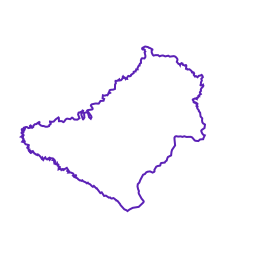 Manang, Satun, Thailand, rotated 50°
{"feature_id": "78962969B42923555842961", "entity_name": "Manang", "entity_type": "district", "adm_level": 2, "iso_a3": "THA", "parent_name": "Thailand", "parent_adm1": "Satun", "projection": "albers", "projection_center": [99.916, 7.008], "detail": "fine", "context": "isolated", "style": "outline", "palette": "violet", "viewbox_px": 256, "rotation_deg": 50, "n_neighbors": 0, "source": "geoboundaries", "source_scale": "gbopen_adm2", "svg_char_len": 5743}
<svg xmlns="http://www.w3.org/2000/svg" viewBox="0 0 256 256"><g transform="rotate(50 128 128)"><path d="M183.0,73.9L181.9,74.6L180.8,74.7L179.3,74.5L177.3,73.8L176.9,72.8L177.2,69.4L174.8,66.8L172.8,67.5L171.5,67.4L169.9,66.5L168.3,64.9L165.8,65.0L162.6,62.9L160.6,62.9L160.1,62.4L157.6,62.3L156.6,61.8L156.5,61.3L155.5,61.4L155.6,60.8L154.9,60.8L154.2,59.3L153.0,59.4L152.8,60.1L151.9,59.8L151.1,60.3L151.2,60.9L150.3,61.1L149.5,60.5L148.0,60.3L147.8,59.9L148.5,57.5L149.5,57.1L149.3,56.3L149.8,56.3L149.3,55.7L149.7,55.1L149.4,53.8L148.7,53.7L148.7,53.0L149.1,52.8L148.6,52.5L148.8,50.4L147.2,50.3L146.7,49.6L146.5,48.2L145.5,47.7L144.8,46.5L144.5,44.0L144.1,43.5L144.1,43.1L143.1,42.7L143.1,43.9L142.4,44.1L142.0,44.9L141.7,44.9L141.4,44.1L139.9,42.7L139.1,40.9L137.5,40.3L137.1,37.9L135.8,37.7L135.6,37.4L134.6,37.5L134.4,38.6L133.5,40.3L133.8,42.1L131.9,42.6L131.7,43.6L129.6,43.5L128.7,42.2L127.6,42.0L127.3,42.2L127.4,42.7L126.6,42.7L126.4,43.2L125.1,42.7L122.5,43.2L121.4,44.9L120.7,44.8L119.9,45.5L117.8,43.3L117.2,43.1L116.9,43.3L116.7,44.4L115.5,44.9L114.9,45.4L114.3,45.4L113.7,44.8L112.7,45.3L112.7,47.1L113.2,47.7L112.1,47.5L111.4,48.1L108.7,48.1L107.6,46.3L106.7,45.8L104.9,45.7L103.2,46.1L102.3,46.8L100.2,50.1L98.5,50.7L97.1,53.4L94.9,54.6L93.9,56.2L93.4,57.7L91.6,58.1L89.9,60.0L88.9,61.9L87.8,62.0L85.4,61.3L83.9,60.1L83.8,59.0L83.4,58.8L80.4,60.0L80.1,60.4L78.8,60.7L76.6,62.5L75.9,65.5L76.4,66.3L77.2,66.3L77.6,65.3L78.8,64.9L79.3,65.5L80.6,65.6L80.8,66.7L83.8,68.2L84.8,69.1L85.3,70.7L83.6,72.4L83.6,73.0L84.4,74.6L86.5,76.2L86.4,77.6L87.6,79.0L87.1,79.6L87.5,80.6L88.3,82.3L89.3,82.9L88.4,84.1L88.9,84.5L89.1,85.7L89.5,85.9L88.6,87.5L89.6,88.4L89.2,91.4L89.8,91.9L89.8,92.8L89.5,93.5L88.6,93.9L88.3,94.7L89.0,96.7L89.8,97.1L89.3,97.6L88.5,97.5L88.3,97.8L88.5,98.2L87.7,98.0L87.2,98.7L86.6,98.3L86.0,98.7L85.3,98.6L85.5,99.3L86.5,100.0L86.9,102.6L86.0,104.2L85.1,103.6L84.9,106.0L83.9,107.2L84.2,107.6L85.9,108.5L86.3,109.9L89.7,112.9L89.1,114.7L87.7,116.6L87.3,117.7L88.2,119.3L89.6,119.1L89.5,119.7L88.7,120.4L89.4,121.7L89.7,122.8L88.8,123.5L88.6,124.4L87.9,125.4L86.8,126.2L88.8,128.3L90.4,127.6L91.4,129.2L89.6,131.7L90.5,134.7L88.2,137.4L86.6,140.5L86.6,141.5L87.0,142.1L90.1,142.4L90.7,142.9L90.7,143.7L88.5,147.2L88.4,148.0L95.1,148.5L96.3,149.0L97.0,150.6L94.8,150.9L91.2,149.2L90.2,149.3L89.1,149.9L88.3,152.1L92.0,154.7L92.6,156.7L92.4,156.9L87.9,155.3L87.3,154.5L86.2,151.5L86.0,151.3L85.4,151.6L85.7,152.5L85.4,153.6L85.9,153.6L86.1,154.0L84.6,155.6L84.5,156.0L85.5,157.5L89.3,158.9L89.1,161.3L87.0,163.7L84.8,163.9L84.1,164.2L84.1,166.6L81.7,168.6L81.5,169.3L81.4,170.3L82.1,172.9L81.9,173.8L80.2,174.3L78.4,176.5L75.8,174.5L75.2,174.5L74.9,177.8L75.3,180.8L74.4,182.3L72.9,183.6L73.2,183.9L74.8,184.2L75.3,184.9L75.1,186.2L75.8,187.2L75.1,189.1L74.1,190.3L72.3,191.3L71.6,192.2L70.1,193.1L67.4,193.5L66.7,192.1L66.3,192.2L66.0,194.3L66.2,195.5L65.3,196.8L65.3,197.7L65.4,199.1L66.3,199.9L66.2,201.4L65.2,201.5L63.9,200.9L63.4,201.0L63.4,201.8L64.8,202.4L64.9,202.9L64.0,204.4L62.5,204.7L61.7,205.4L60.8,207.7L61.4,208.9L62.0,208.9L62.6,208.0L63.0,208.8L62.8,209.4L62.3,209.7L60.9,209.7L60.7,210.1L61.0,210.5L61.6,210.7L63.6,210.2L63.9,210.4L63.9,211.1L63.0,212.0L63.1,212.5L63.8,212.9L65.7,212.3L66.5,212.7L66.6,213.5L67.1,214.0L66.0,213.9L66.0,215.5L67.1,214.7L68.1,215.3L69.0,215.0L70.0,216.3L70.5,217.9L71.2,217.4L71.2,215.6L72.0,215.8L72.2,216.5L72.9,216.8L74.6,216.9L77.2,215.0L77.8,215.4L77.8,216.3L78.6,216.6L78.3,216.9L78.2,217.7L78.4,217.9L79.6,217.6L80.8,218.2L81.3,217.5L82.0,218.4L82.7,217.7L83.1,218.1L82.8,218.5L83.2,218.6L83.7,217.5L84.0,218.5L84.6,218.5L84.8,217.9L84.3,217.5L84.8,217.2L84.8,215.8L87.5,216.1L88.0,215.7L89.1,215.6L90.4,214.9L90.0,214.3L90.7,213.8L93.8,213.5L95.9,213.8L95.7,212.8L97.2,213.5L98.0,213.5L97.2,211.2L97.3,210.2L98.8,210.6L100.1,210.2L100.5,209.3L100.0,209.2L100.3,207.1L100.6,207.0L101.4,208.1L102.0,208.4L101.9,206.2L103.0,205.1L103.7,205.0L104.2,205.8L104.4,205.6L104.1,205.1L104.4,204.9L104.9,204.9L104.8,205.6L105.3,205.1L106.0,205.5L106.3,205.1L106.7,205.2L106.4,206.3L107.2,206.8L107.7,206.5L108.1,207.2L109.3,206.5L109.3,205.1L110.2,205.9L110.8,205.0L111.3,204.9L112.0,206.0L114.0,205.3L114.4,205.9L113.6,206.3L115.0,207.7L115.2,206.8L114.7,206.6L114.9,206.2L115.2,206.1L115.6,206.5L116.0,205.9L117.3,206.1L117.3,204.9L118.6,204.7L118.7,204.2L118.2,204.2L118.0,203.9L118.7,203.2L119.2,200.5L122.1,200.9L121.6,201.8L121.8,202.2L122.5,202.0L122.8,201.1L123.2,201.0L123.8,202.4L125.2,200.5L127.3,199.4L128.3,199.4L129.0,199.9L129.1,200.8L130.1,200.6L130.1,199.4L130.6,198.3L131.3,198.5L131.4,200.4L134.0,199.1L135.3,199.1L137.2,198.6L137.7,197.9L138.5,197.7L138.7,196.6L139.9,196.6L142.3,195.4L143.9,195.1L144.1,193.9L145.0,194.0L146.8,193.2L149.4,193.0L150.5,192.7L150.4,191.4L154.0,191.1L154.1,190.7L160.1,191.0L160.4,189.5L164.7,190.0L165.6,188.4L169.1,187.4L169.6,186.4L171.0,186.2L171.7,185.7L172.2,184.3L173.5,183.8L175.0,183.7L175.5,183.4L176.1,183.6L177.0,182.9L181.3,183.0L182.2,183.3L187.9,183.1L190.1,182.0L191.3,181.8L191.4,179.3L192.2,175.7L195.3,170.5L194.9,164.1L194.5,163.3L193.8,163.0L190.8,163.0L185.2,161.9L184.1,161.2L183.4,160.2L181.4,159.6L178.9,158.3L177.3,156.6L177.1,154.4L175.8,152.1L173.5,146.5L174.1,144.7L173.7,142.5L174.1,141.1L175.4,139.0L178.0,137.8L178.4,136.1L178.2,135.5L177.0,134.6L175.8,131.2L176.2,129.7L177.4,127.7L177.3,127.2L176.2,125.7L176.2,125.0L178.1,122.1L177.7,120.8L177.8,119.3L176.4,117.2L175.9,116.0L176.7,112.6L174.3,110.1L173.1,108.4L171.6,103.1L166.2,99.4L165.2,98.5L164.9,97.5L165.2,96.4L166.8,95.1L168.3,93.0L169.8,92.0L170.5,90.2L172.4,89.0L175.1,85.6L176.5,84.9L180.4,84.9L181.3,84.4L183.2,82.5L183.1,80.1L184.9,77.6L184.2,76.6L183.0,73.9Z" fill="none" stroke="#5b21b6" stroke-width="2"/></g></svg>